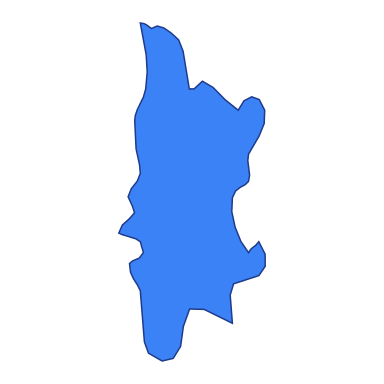 the Province of Phuket
{"feature_id": "THA-377", "entity_name": "Phuket", "entity_type": "Province", "adm_level": 1, "iso_a3": "THA", "parent_name": "Thailand", "parent_adm1": "", "projection": "mercator", "projection_center": [98.341, 7.98], "detail": "fine", "context": "isolated", "style": "filled", "palette": "blue", "viewbox_px": 384, "rotation_deg": 0, "n_neighbors": 0, "source": "natural_earth", "source_scale": "10m", "svg_char_len": 1072}
<svg xmlns="http://www.w3.org/2000/svg" viewBox="0 0 384 384"><path d="M248.5,252.6L251.1,248.9L255.9,245.1L258.8,241.7L265.1,254.1L265.2,266.3L258.9,275.6L233.6,283.8L230.2,295.0L232.4,323.3L204.1,309.4L189.6,309.0L183.4,326.3L180.6,346.4L173.2,358.4L162.1,361.0L148.5,353.2L144.4,341.9L140.3,290.7L137.3,284.7L133.6,279.0L130.5,272.2L129.5,263.5L132.8,260.8L139.2,258.1L143.4,252.6L140.3,241.7L135.8,238.8L121.8,234.5L118.8,233.1L122.3,225.1L129.4,218.7L134.5,212.8L132.4,206.1L128.1,196.8L131.3,188.7L137.3,181.1L140.3,173.5L139.5,164.6L136.1,149.0L134.7,120.7L135.3,115.6L137.3,109.6L143.4,97.1L145.7,88.9L147.2,72.2L146.2,54.9L140.3,23.0L143.9,23.6L146.3,24.7L151.5,28.5L157.2,26.0L164.0,28.0L171.4,33.2L178.7,40.0L183.1,51.2L189.3,88.9L194.1,88.9L202.4,81.2L213.1,87.5L225.3,99.9L238.2,110.2L244.0,100.8L251.7,96.8L259.2,99.5L264.7,110.2L264.2,123.5L259.0,136.2L248.5,154.2L247.8,160.7L249.6,175.1L248.5,181.4L245.1,184.7L240.3,187.3L235.6,191.0L232.4,197.7L231.8,211.8L235.1,227.1L240.9,241.5L248.5,252.6Z" fill="#3b82f6" stroke="#1e3a8a" stroke-width="1.5"/></svg>